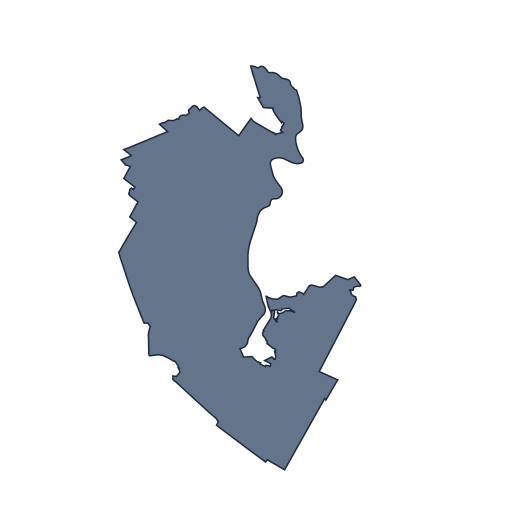 outline of Valgundes pag., Jelgava, Latvia, rotated 224°
{"feature_id": "27541924B46237996124836", "entity_name": "Valgundes pag.", "entity_type": "district", "adm_level": 2, "iso_a3": "LVA", "parent_name": "Latvia", "parent_adm1": "Jelgava", "projection": "natural_earth1", "projection_center": [23.642, 56.791], "detail": "fine", "context": "isolated", "style": "filled", "palette": "slate", "viewbox_px": 512, "rotation_deg": 224, "n_neighbors": 0, "source": "geoboundaries", "source_scale": "gbopen_adm2", "svg_char_len": 6075}
<svg xmlns="http://www.w3.org/2000/svg" viewBox="0 0 512 512"><g transform="rotate(224 256 256)"><path d="M129.8,111.3L105.9,114.5L106.4,117.2L86.9,122.1L107.6,201.2L105.6,200.8L111.1,223.2L111.1,223.7L130.3,216.8L138.6,245.0L150.3,284.3L151.6,288.8L153.5,294.5L154.9,295.0L155.5,295.7L156.1,295.8L156.7,295.6L157.6,295.0L161.4,294.7L161.8,295.1L162.1,295.7L162.7,296.1L163.7,296.4L164.9,296.4L164.7,297.1L164.3,297.6L163.3,298.1L162.8,298.4L162.5,298.9L162.4,299.2L163.3,300.3L163.6,300.9L163.7,301.2L163.7,301.8L163.0,303.5L162.3,304.6L161.4,305.5L160.6,305.9L160.2,306.3L160.1,306.9L160.3,307.8L170.8,309.3L173.5,302.8L185.3,297.4L186.0,285.0L186.1,282.8L186.3,280.1L186.6,280.1L186.8,279.9L188.4,277.9L196.0,273.7L196.7,271.9L197.1,271.5L196.0,267.3L195.9,265.7L195.0,261.6L195.4,261.7L195.9,261.7L199.9,260.2L200.4,259.7L200.8,257.9L200.4,257.1L199.3,255.7L199.4,255.2L199.7,254.6L202.9,250.1L208.7,246.7L209.0,245.8L209.9,242.8L209.9,242.4L209.7,242.1L210.1,241.3L210.4,240.1L210.6,239.8L211.3,239.1L215.0,236.2L216.5,235.6L217.0,235.5L218.8,234.2L219.6,234.8L220.7,234.0L214.3,229.6L213.5,229.1L211.8,228.5L212.0,228.2L207.5,226.5L206.3,225.9L204.3,224.6L203.7,224.0L202.6,222.4L202.2,221.6L199.0,207.4L198.1,207.5L198.2,207.0L197.8,205.6L197.7,205.2L197.3,204.7L196.4,204.0L195.5,203.6L193.9,203.4L193.3,203.5L191.8,203.2L190.6,202.4L188.5,202.2L187.1,201.1L187.4,200.8L187.1,200.6L186.7,200.8L179.8,201.4L179.7,201.5L177.0,202.4L175.8,201.0L175.4,200.6L176.4,200.3L176.1,200.0L173.0,198.3L172.4,197.7L170.7,195.3L170.7,195.1L170.5,194.9L171.2,194.1L171.8,194.3L173.5,194.6L174.4,194.5L174.4,194.4L176.1,190.2L177.2,186.7L174.6,187.5L170.6,188.8L170.3,188.4L169.2,186.4L170.9,185.7L172.9,184.2L172.4,183.1L177.8,181.1L178.3,182.4L182.1,180.8L184.0,180.6L187.3,180.7L187.9,180.9L189.1,180.9L194.6,174.7L200.8,177.2L203.2,178.3L202.2,179.8L201.9,180.6L200.9,182.9L201.4,186.9L203.8,190.7L204.5,192.2L204.9,194.9L206.8,201.7L209.2,209.2L209.6,211.3L209.9,219.7L210.9,222.5L213.1,224.9L217.1,227.0L219.8,228.0L227.5,233.0L230.1,234.1L232.5,234.9L247.0,237.9L247.6,238.0L249.3,238.9L251.4,240.2L254.1,242.5L256.7,245.2L261.8,250.4L263.8,252.7L266.0,255.6L268.0,258.6L270.7,263.6L277.4,277.5L279.0,280.8L281.8,284.8L282.6,286.2L283.6,288.9L284.1,290.9L284.2,291.8L284.2,292.9L283.8,295.2L283.3,297.0L282.0,299.6L281.6,300.7L281.4,301.7L281.6,302.4L283.4,305.3L283.9,306.8L283.9,307.6L283.8,308.3L282.7,309.8L281.8,310.6L280.9,311.6L280.4,312.5L280.0,313.4L279.8,314.6L279.8,316.3L279.9,317.3L280.2,318.3L280.5,318.9L280.9,319.6L281.4,320.3L282.4,321.2L284.7,322.4L286.3,322.8L292.1,323.6L293.4,323.9L296.0,324.5L299.6,326.0L302.5,327.6L308.3,331.2L309.9,332.4L310.8,333.7L311.3,335.1L311.3,336.6L310.9,338.0L310.7,338.6L309.4,340.7L307.6,342.8L305.6,344.2L303.8,345.2L302.5,345.7L301.1,346.1L298.1,347.2L295.9,347.9L292.9,349.3L291.4,350.3L289.9,351.6L288.3,353.8L287.6,355.7L287.8,356.6L288.2,357.5L288.8,358.1L290.0,358.8L293.7,359.5L295.0,359.8L299.1,361.3L303.6,363.7L306.8,365.9L308.9,367.8L310.2,369.2L310.6,370.0L311.1,371.2L311.2,371.9L311.1,372.9L310.8,374.8L310.4,377.7L310.6,378.9L310.9,379.8L311.4,380.7L312.1,381.6L313.6,382.9L318.8,386.5L319.9,387.4L324.0,391.5L326.8,394.0L332.7,398.1L335.8,400.1L342.0,403.4L343.8,402.8L345.8,402.9L347.7,402.8L348.5,402.9L349.1,403.0L350.5,403.5L352.0,404.6L352.7,405.0L353.4,405.2L354.5,405.2L355.6,405.0L356.5,404.6L360.0,402.4L360.9,402.0L362.2,401.8L365.8,401.8L367.9,401.5L368.9,401.1L370.8,400.0L371.8,399.2L373.4,397.5L374.1,396.9L374.5,396.8L375.6,396.8L377.9,397.3L380.3,397.5L381.8,397.3L382.7,397.0L384.0,396.1L384.3,395.6L384.7,394.6L384.7,393.8L384.9,393.2L385.6,392.5L388.8,391.2L389.5,390.8L390.8,390.0L391.8,389.0L389.6,387.6L386.7,386.1L386.8,386.0L385.6,385.3L385.5,385.2L384.1,384.4L383.8,384.4L383.7,384.2L381.3,382.9L381.1,382.9L373.3,378.5L363.0,372.9L363.0,372.7L364.9,371.1L353.8,367.9L350.4,370.8L350.4,370.7L349.9,371.1L346.2,374.3L345.9,374.0L345.6,373.1L345.3,372.9L341.7,371.7L335.2,370.3L334.4,370.2L330.3,369.6L331.2,370.4L328.1,371.3L327.5,369.4L327.3,367.1L326.6,367.2L326.5,366.0L325.6,363.3L322.7,363.3L323.1,363.0L326.1,357.9L326.6,357.9L326.5,357.0L329.1,357.0L329.4,356.4L330.4,356.3L331.2,355.9L332.5,355.6L351.4,351.0L355.2,351.6L352.0,330.5L396.8,327.0L397.6,325.0L397.7,321.6L399.4,321.8L402.0,322.3L404.6,321.7L405.5,320.2L405.6,319.9L405.8,314.8L405.9,314.0L405.5,313.9L404.2,312.8L403.1,312.5L402.9,311.7L403.3,311.1L403.5,311.0L404.1,308.3L404.8,307.7L405.6,307.5L405.9,307.0L406.3,306.7L407.4,305.3L407.7,303.1L407.0,301.4L406.6,300.5L407.6,300.0L408.1,300.0L409.2,296.4L409.5,296.0L413.4,292.7L414.2,288.7L414.8,288.3L415.0,287.4L416.0,286.8L416.2,285.8L417.0,283.7L406.0,284.1L408.4,278.4L408.7,277.9L419.4,253.2L423.1,244.8L425.1,240.7L415.5,241.7L415.6,241.0L416.3,239.2L419.8,231.5L413.8,231.0L413.6,230.7L408.6,233.1L404.9,219.9L392.4,221.3L391.0,221.5L390.5,218.6L392.8,218.3L393.0,216.3L391.7,214.4L391.8,214.4L390.6,212.2L388.9,211.9L388.4,211.9L378.4,212.9L378.0,211.5L378.0,211.1L373.9,196.4L365.3,197.1L361.8,181.8L357.3,163.7L357.4,163.3L354.2,161.6L353.7,161.3L353.8,161.2L326.1,146.7L317.5,142.5L296.2,132.7L296.1,132.8L289.9,130.0L287.3,132.4L287.1,132.5L283.2,132.0L281.7,129.0L279.5,125.5L279.4,125.5L278.2,123.9L276.8,122.8L265.9,111.9L265.8,111.5L265.3,111.4L263.5,110.1L261.7,112.1L258.5,116.2L256.7,117.8L253.8,119.8L248.3,121.7L242.3,123.1L241.0,124.0L235.9,122.9L233.7,122.0L234.1,121.8L234.3,121.6L230.1,119.9L229.5,114.8L229.6,114.7L229.5,114.1L232.5,112.0L230.3,109.6L228.1,109.7L227.8,109.4L227.5,109.7L180.7,110.9L172.0,111.5L168.1,110.7L166.8,106.8L161.0,107.5L129.8,111.3ZM201.7,230.7L201.7,230.4L198.4,229.1L198.1,226.3L196.9,225.9L197.9,224.9L195.1,223.5L195.9,222.7L197.3,223.3L198.7,223.4L198.8,223.3L200.5,224.0L203.5,228.3L204.2,229.0L205.3,229.3L206.9,227.1L207.1,226.7L207.5,226.9L203.7,231.7L203.1,232.0L200.2,233.8L199.8,234.8L199.6,234.7L200.2,235.4L200.5,235.8L196.2,241.3L195.9,241.2L188.6,242.6L193.3,240.3L196.3,237.6L196.9,236.0L197.7,232.9L199.7,230.2L201.7,230.7Z" fill="#64748b" stroke="#1e293b" stroke-width="1.5"/></g></svg>